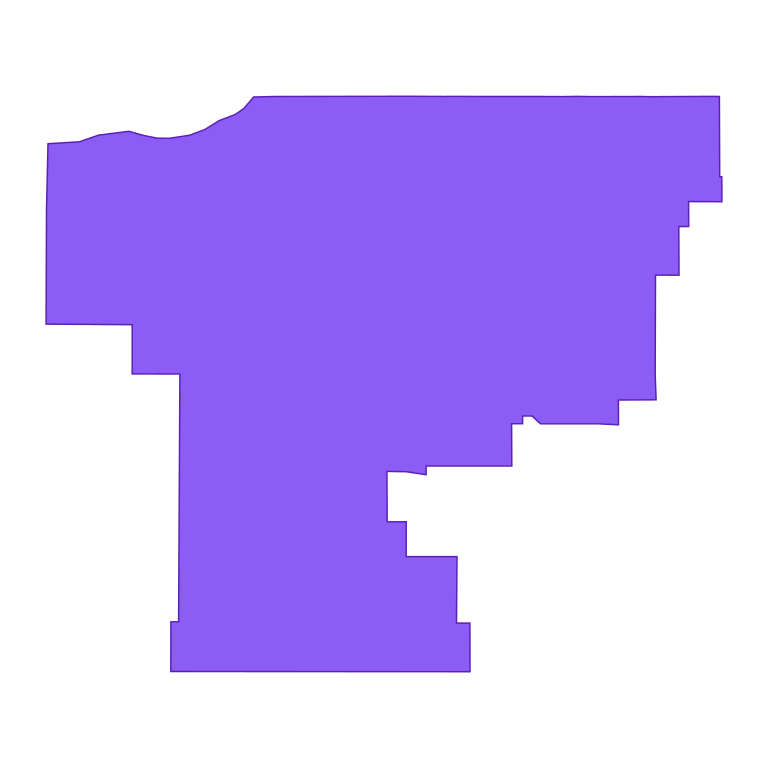 Umatilla, Oregon, United States of America
{"feature_id": "52423323B79537208575775", "entity_name": "Umatilla", "entity_type": "district", "adm_level": 2, "iso_a3": "USA", "parent_name": "United States of America", "parent_adm1": "Oregon", "projection": "robinson", "projection_center": [-118.594, 45.498], "detail": "fine", "context": "isolated", "style": "filled", "palette": "violet", "viewbox_px": 768, "rotation_deg": 0, "n_neighbors": 0, "source": "geoboundaries", "source_scale": "gbopen_adm2", "svg_char_len": 1036}
<svg xmlns="http://www.w3.org/2000/svg" viewBox="0 0 768 768"><path d="M470.0,671.7L469.9,623.1L456.5,623.1L457.0,556.6L406.2,556.6L406.2,521.8L387.2,521.8L386.9,471.4L406.1,471.7L426.1,474.7L426.1,466.0L511.8,466.0L511.6,423.7L522.6,423.7L522.6,416.0L532.1,416.0L540.4,423.8L598.2,423.8L618.5,424.8L618.4,400.0L656.1,399.8L655.2,374.7L655.5,275.1L679.0,275.2L678.8,226.6L688.7,226.5L688.6,201.6L721.9,201.7L721.8,176.7L719.7,176.7L719.4,96.5L710.5,96.4L650.9,96.7L648.6,96.7L641.7,96.5L603.5,96.6L599.9,96.6L592.6,96.6L590.8,96.6L578.3,96.4L563.7,96.6L539.4,96.5L534.5,96.5L522.8,96.5L491.9,96.5L479.7,96.5L461.2,96.4L446.3,96.4L443.4,96.5L441.5,96.4L429.1,96.4L414.8,96.3L414.1,96.3L405.1,96.3L396.3,96.3L274.7,96.5L253.6,97.0L243.7,108.7L235.1,114.5L219.2,120.6L204.5,129.7L189.3,135.3L169.3,138.3L157.3,138.2L143.3,135.4L128.8,131.3L98.7,135.1L79.3,141.8L48.0,143.7L46.5,209.9L46.1,324.1L132.2,324.7L132.2,373.9L179.9,374.0L178.6,621.8L170.9,621.8L170.8,671.5L470.0,671.7Z" fill="#8b5cf6" stroke="#5b21b6" stroke-width="1.5"/></svg>